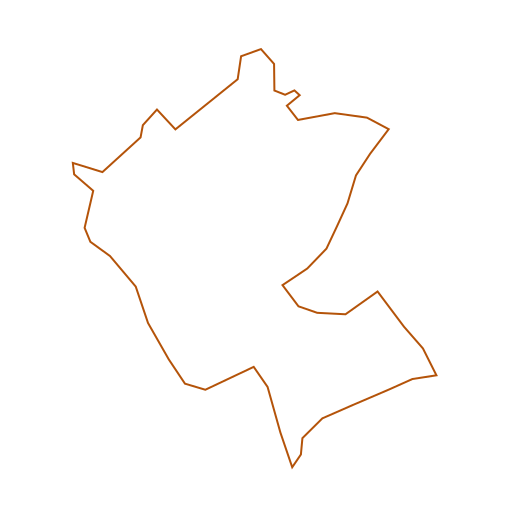 Ulugnar, Andijon, Uzbekistan, rotated 276°
{"feature_id": "79887680B97911252833963", "entity_name": "Ulugnar", "entity_type": "district", "adm_level": 2, "iso_a3": "UZB", "parent_name": "Uzbekistan", "parent_adm1": "Andijon", "projection": "orthographic", "projection_center": [71.683, 40.776], "detail": "fine", "context": "isolated", "style": "outline", "palette": "amber", "viewbox_px": 512, "rotation_deg": 276, "n_neighbors": 0, "source": "geoboundaries", "source_scale": "gbopen_adm2", "svg_char_len": 816}
<svg xmlns="http://www.w3.org/2000/svg" viewBox="0 0 512 512"><g transform="rotate(276 256 256)"><path d="M462.3,239.3L453.1,220.3L429.9,219.3L373.5,162.6L391.3,142.2L374.3,129.8L361.9,128.8L323.4,94.5L329.4,64.1L318.2,66.6L303.8,87.3L266.1,82.6L252.8,89.8L240.7,110.8L213.0,139.6L178.1,155.6L144.0,180.1L121.6,198.7L117.7,219.6L145.5,265.3L127.0,281.2L83.0,298.7L49.7,314.1L63.3,321.4L79.7,321.2L101.5,339.0L117.9,367.8L137.5,402.9L150.0,424.4L156.2,447.9L181.5,431.7L201.1,410.6L222.1,391.1L233.4,380.6L207.4,351.1L205.9,322.8L210.4,303.5L229.8,285.4L248.9,308.3L270.7,325.3L293.9,333.4L317.9,341.5L346.6,347.0L369.6,358.8L396.0,374.7L405.2,351.9L406.3,319.4L395.7,283.5L408.7,271.0L420.5,282.6L424.7,276.9L419.4,268.1L422.5,257.0L448.9,253.9L462.3,239.3Z" fill="none" stroke="#b45309" stroke-width="2"/></g></svg>